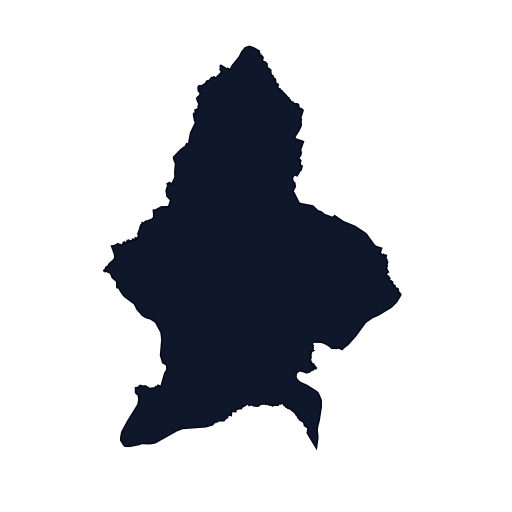 Nong Muang, Lop Buri, Thailand, rotated 8°
{"feature_id": "78962969B8499402752452", "entity_name": "Nong Muang", "entity_type": "district", "adm_level": 2, "iso_a3": "THA", "parent_name": "Thailand", "parent_adm1": "Lop Buri", "projection": "albers", "projection_center": [100.697, 15.296], "detail": "fine", "context": "isolated", "style": "filled", "palette": "ink", "viewbox_px": 512, "rotation_deg": 8, "n_neighbors": 0, "source": "geoboundaries", "source_scale": "gbopen_adm2", "svg_char_len": 6077}
<svg xmlns="http://www.w3.org/2000/svg" viewBox="0 0 512 512"><g transform="rotate(8 256 256)"><path d="M166.1,459.1L169.1,457.5L177.0,456.7L182.0,455.1L202.0,439.9L207.4,437.0L230.1,432.1L236.4,429.2L236.3,428.6L236.9,428.5L236.7,427.4L238.3,427.0L238.4,426.0L240.7,425.8L241.2,424.6L247.2,423.6L248.8,421.0L250.3,420.1L250.6,417.0L253.7,417.5L253.5,413.3L257.7,413.0L257.6,410.9L260.7,409.5L262.6,409.4L264.0,406.3L264.9,406.7L267.7,403.9L268.8,403.9L270.2,405.1L271.8,403.9L274.8,404.7L278.8,404.6L281.4,402.1L284.9,401.3L286.8,401.6L288.0,401.0L289.9,401.8L292.0,401.5L293.3,402.3L294.4,401.2L298.7,400.8L299.7,399.0L301.2,399.1L301.6,398.4L303.7,398.4L304.4,400.0L305.1,400.0L306.9,401.6L308.1,401.5L308.5,402.3L312.1,402.9L312.6,403.8L314.0,404.0L314.3,404.8L316.3,405.8L318.1,408.1L319.0,408.6L320.8,411.2L321.8,411.2L322.2,412.3L325.9,413.8L327.0,415.3L327.5,417.2L331.5,419.2L331.4,424.2L342.6,438.0L342.5,427.1L340.8,419.8L340.7,416.0L341.4,410.1L341.6,396.5L340.8,390.4L340.1,388.7L336.8,383.3L334.8,381.7L324.7,377.2L317.1,374.9L313.5,372.3L312.4,370.3L312.2,366.5L314.7,363.7L317.7,363.7L322.4,364.7L325.6,363.1L325.8,362.3L328.5,360.8L329.0,359.8L331.3,359.1L331.0,358.6L329.5,358.6L330.5,357.9L329.3,357.7L329.9,357.4L329.7,356.8L328.2,355.4L327.1,355.7L327.6,354.9L325.6,354.9L325.9,353.5L324.9,352.9L324.7,352.0L324.0,352.2L323.7,351.7L324.6,349.7L324.0,349.6L323.9,348.4L324.5,348.2L323.9,346.9L324.3,346.4L323.5,346.1L324.3,344.3L323.7,343.6L324.3,343.4L324.6,342.2L325.7,342.1L325.5,341.4L326.0,341.3L325.0,340.7L325.5,338.7L324.8,337.7L325.2,336.8L324.4,336.2L324.2,334.0L325.3,333.2L332.9,332.3L337.1,333.3L341.7,335.3L343.7,336.8L348.7,336.3L350.3,335.6L354.6,336.6L354.9,335.5L359.3,331.0L365.9,321.1L373.7,306.5L380.1,300.6L385.0,297.7L397.2,287.8L401.5,282.1L404.8,274.6L404.4,273.4L403.7,274.1L402.9,273.7L403.1,272.3L402.4,272.4L401.4,268.9L400.4,268.3L399.1,268.8L397.6,265.9L395.1,265.3L395.5,264.6L394.4,263.5L395.0,263.0L394.8,262.5L393.9,262.8L393.5,262.0L392.6,262.6L392.6,261.9L391.1,261.0L390.8,260.2L391.7,259.7L390.5,258.6L390.4,257.9L387.6,256.5L387.8,255.0L389.4,253.4L388.9,252.7L388.4,252.8L387.9,251.5L387.1,251.4L387.4,250.5L386.6,249.4L387.4,247.8L386.8,246.1L387.2,243.4L386.6,243.1L385.9,240.9L384.7,240.5L385.1,237.3L383.8,237.0L383.1,237.8L382.1,236.6L381.0,237.6L379.5,236.3L378.2,236.7L378.2,236.0L378.9,236.0L378.6,234.0L379.2,233.2L378.2,232.0L378.9,232.1L378.7,231.5L379.3,230.8L373.3,229.8L371.5,228.6L362.0,218.7L350.0,212.9L337.7,209.8L328.2,205.1L326.7,207.2L318.0,205.4L314.3,203.1L310.9,202.6L305.3,198.5L293.1,197.9L291.7,197.6L290.7,196.6L284.8,188.0L283.5,187.0L285.3,181.7L284.1,178.0L283.1,177.9L281.4,174.9L281.4,173.0L282.8,170.1L285.6,170.9L288.0,164.7L288.8,164.6L289.2,160.4L287.6,160.4L287.0,157.9L286.4,158.0L287.1,155.6L286.0,155.7L286.3,154.6L285.2,153.9L284.2,153.9L286.3,150.0L286.4,147.1L285.3,144.8L287.1,136.1L278.0,134.3L278.1,132.2L281.2,125.4L282.7,120.2L281.8,116.3L281.9,114.1L281.2,113.6L281.1,112.8L282.4,105.1L280.5,103.8L278.1,103.5L277.4,101.3L276.7,101.0L277.0,100.2L276.0,99.5L272.7,100.0L271.4,98.6L268.9,98.1L268.2,96.7L266.3,95.9L266.6,94.9L264.9,94.3L263.4,92.6L262.0,92.0L261.8,91.3L261.0,91.3L260.8,90.6L259.0,89.6L258.8,88.7L256.9,88.3L256.5,87.1L255.2,87.5L253.8,85.1L254.4,83.8L253.9,82.8L251.5,81.9L250.8,78.8L249.8,78.9L250.1,77.8L248.8,77.3L248.0,76.2L248.1,75.5L247.0,75.1L245.2,73.4L245.4,72.7L245.0,72.6L244.6,71.3L245.1,70.6L244.4,69.4L240.9,67.8L240.1,64.0L238.0,62.6L235.5,62.0L234.8,60.0L235.6,59.3L234.8,57.6L233.1,56.6L232.2,57.3L231.1,56.4L230.7,55.4L231.5,55.2L230.6,54.9L231.0,53.7L230.2,53.1L230.7,52.6L225.4,50.4L221.1,49.4L220.1,49.4L216.4,51.2L213.6,55.6L211.7,61.2L205.5,71.6L204.7,75.0L201.8,74.1L201.1,74.9L194.7,72.0L194.0,73.0L194.7,74.3L194.4,76.3L196.3,78.1L195.8,78.3L196.2,79.4L195.7,79.5L195.6,80.4L194.4,80.9L194.4,82.4L192.9,82.9L192.4,84.5L191.6,85.3L189.4,84.4L188.3,85.6L187.3,85.4L187.4,86.0L186.8,86.1L184.8,89.2L183.3,89.3L182.6,90.2L182.7,91.7L182.1,91.6L182.1,93.1L180.8,92.9L178.9,94.8L175.6,95.5L175.1,97.6L176.4,97.8L176.4,98.3L175.7,98.9L175.6,100.1L178.3,102.6L177.2,105.8L175.8,106.9L175.4,108.4L176.8,111.3L177.8,111.8L177.7,112.7L178.6,114.1L177.7,115.8L178.3,116.5L178.0,117.8L176.2,119.9L175.4,119.7L175.5,121.1L176.5,123.2L174.5,123.4L174.4,124.5L176.2,130.2L177.5,132.3L174.1,143.1L173.6,154.5L171.8,154.3L170.1,158.6L169.3,158.4L166.6,161.3L160.6,169.5L160.8,171.0L163.5,175.9L163.8,183.4L164.8,189.2L162.5,196.7L160.1,195.2L157.9,196.9L158.8,198.4L157.9,204.0L159.5,209.2L163.7,212.5L162.7,218.5L161.8,219.5L155.4,220.5L150.2,224.3L147.9,225.0L148.7,228.0L149.4,228.2L148.9,229.0L149.3,232.1L148.0,233.8L143.0,236.8L142.3,236.6L139.7,239.2L138.6,238.8L138.5,240.2L137.6,241.4L138.3,242.0L137.3,242.8L137.5,243.7L138.2,243.7L137.2,244.2L137.8,244.7L137.1,245.3L136.0,250.2L136.6,250.7L136.2,251.2L136.8,251.5L136.8,253.1L136.0,253.9L135.8,255.3L134.0,254.9L134.5,256.3L134.2,257.0L133.4,257.4L133.4,256.5L131.4,256.5L131.3,258.7L130.5,259.0L130.2,258.4L129.5,258.4L129.1,259.4L128.4,259.3L127.9,258.3L127.7,259.0L126.9,258.9L126.9,259.6L126.3,258.9L126.0,261.0L125.2,260.8L124.4,261.6L123.7,260.4L122.9,261.0L123.1,261.8L122.5,261.8L122.5,263.8L121.4,263.6L120.6,264.6L119.9,263.7L119.1,264.7L117.9,263.8L118.2,263.1L117.6,263.0L114.0,265.6L111.5,266.2L115.5,273.7L116.5,277.2L115.5,279.7L111.9,283.8L110.7,286.7L108.9,288.0L108.4,290.4L107.2,291.5L108.1,292.5L110.4,292.1L114.4,293.4L116.7,297.5L121.6,300.6L122.6,306.6L125.1,307.1L126.0,308.8L129.5,312.8L131.4,314.4L142.3,320.4L145.6,325.4L151.8,330.7L156.3,332.5L160.0,332.9L165.6,335.4L172.6,344.9L174.4,351.8L175.3,367.7L178.4,374.6L182.7,376.5L183.6,381.2L181.9,384.8L180.1,398.4L176.9,397.6L176.3,399.3L174.8,399.2L174.3,400.7L170.9,401.4L169.8,402.2L164.4,400.0L162.2,400.7L159.5,400.2L158.4,401.0L157.8,402.5L155.0,403.2L155.7,407.8L156.7,409.1L159.4,410.2L158.9,410.9L159.8,413.5L160.0,417.5L159.5,420.2L151.6,438.1L147.6,449.0L147.4,454.3L147.7,457.3L151.7,462.1L152.9,462.6L157.3,462.1L166.1,459.1Z" fill="#0f172a" stroke="#020617" stroke-width="1.5"/></g></svg>